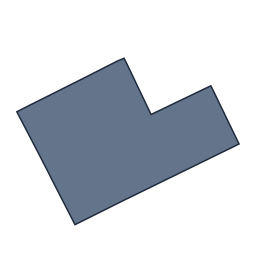 outline of Gaiman, Chubut, Argentina, rotated 155°
{"feature_id": "61730980B48415799275237", "entity_name": "Gaiman", "entity_type": "district", "adm_level": 2, "iso_a3": "ARG", "parent_name": "Argentina", "parent_adm1": "Chubut", "projection": "equal_earth", "projection_center": [-66.074, -43.318], "detail": "fine", "context": "isolated", "style": "filled", "palette": "slate", "viewbox_px": 256, "rotation_deg": 155, "n_neighbors": 0, "source": "geoboundaries", "source_scale": "gbopen_adm2", "svg_char_len": 440}
<svg xmlns="http://www.w3.org/2000/svg" viewBox="0 0 256 256"><g transform="rotate(155 128 128)"><path d="M221.9,189.7L219.6,137.1L219.5,132.9L219.4,131.4L219.1,124.2L219.0,120.7L218.8,114.0L216.9,62.8L164.4,64.2L34.1,66.6L35.0,129.0L35.1,131.2L39.7,131.2L101.4,130.5L101.8,175.7L101.9,184.9L102.0,190.9L102.1,192.9L109.2,193.2L147.8,191.9L200.5,190.4L205.6,190.3L221.9,189.7Z" fill="#64748b" stroke="#1e293b" stroke-width="1.5"/></g></svg>